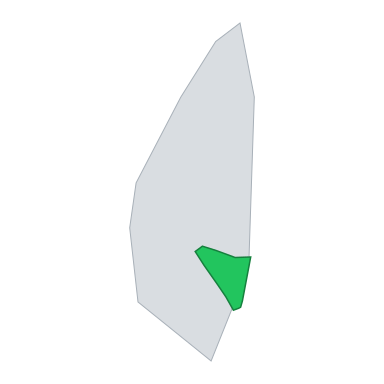 Saint Lucia, with Micoud highlighted
{"feature_id": "LCA-5083", "entity_name": "Micoud", "entity_type": "Quarter", "adm_level": 1, "iso_a3": "LCA", "parent_name": "Saint Lucia", "parent_adm1": "", "projection": "equal_earth", "projection_center": [-60.927, 13.81], "detail": "fine", "context": "in_parent", "style": "filled", "palette": "green", "viewbox_px": 384, "rotation_deg": 0, "n_neighbors": 0, "source": "natural_earth", "source_scale": "10m", "svg_char_len": 466}
<svg xmlns="http://www.w3.org/2000/svg" viewBox="0 0 384 384"><path d="M248.7,267.1L211.1,361.0L138.0,302.0L129.7,227.8L136.1,182.9L180.8,97.1L215.7,41.5L240.0,23.0L254.3,97.0L248.7,267.1Z" fill="#d9dde1" stroke="#a8b0b8" stroke-width="1"/><path d="M250.7,257.0L242.4,301.0L240.6,307.2L238.6,308.3L233.4,310.2L225.9,296.9L217.5,284.5L204.1,265.4L195.2,251.5L202.4,246.2L216.7,250.7L235.1,257.5L250.7,257.0Z" fill="#22c55e" stroke="#15803d" stroke-width="1.5"/></svg>